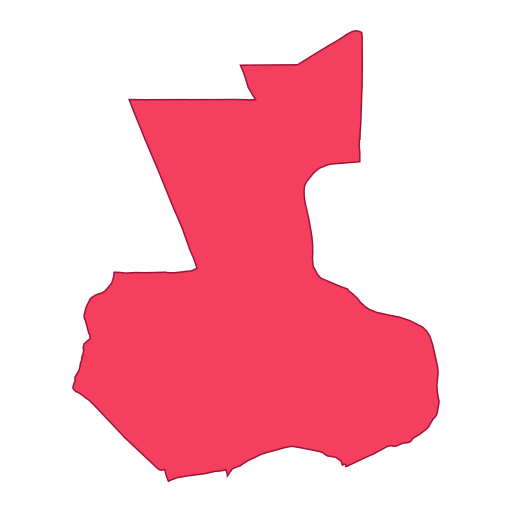 Kota Tanjung Balai, Sumatera Utara, Indonesia
{"feature_id": "22746128B91306693093612", "entity_name": "Kota Tanjung Balai", "entity_type": "district", "adm_level": 2, "iso_a3": "IDN", "parent_name": "Indonesia", "parent_adm1": "Sumatera Utara", "projection": "mercator", "projection_center": [99.797, 2.973], "detail": "fine", "context": "isolated", "style": "filled", "palette": "rose", "viewbox_px": 512, "rotation_deg": 0, "n_neighbors": 0, "source": "geoboundaries", "source_scale": "gbopen_adm2", "svg_char_len": 5797}
<svg xmlns="http://www.w3.org/2000/svg" viewBox="0 0 512 512"><path d="M298.1,64.5L297.6,64.8L240.4,65.2L242.6,70.2L244.9,76.3L248.2,87.3L255.5,99.8L250.4,99.7L249.5,100.3L248.7,99.8L241.1,99.6L233.2,99.5L219.9,99.6L211.0,99.6L204.7,99.6L190.1,99.7L186.8,99.6L185.8,99.6L162.6,99.7L157.4,99.7L155.0,99.7L150.4,99.7L146.5,99.8L141.7,99.7L136.8,99.7L133.5,99.6L129.1,99.5L134.7,113.8L139.0,124.5L142.0,131.7L142.6,133.3L145.5,140.4L145.8,141.0L158.7,171.5L170.1,199.6L171.5,203.3L181.9,227.3L182.0,227.5L189.2,247.7L189.7,249.3L191.4,253.2L193.7,258.4L197.0,268.3L191.4,270.9L191.2,270.9L181.1,272.0L174.0,272.8L167.8,272.7L165.3,272.2L150.9,272.6L145.7,272.7L137.6,272.6L136.4,272.5L125.6,273.1L119.7,272.4L114.2,272.2L114.1,272.3L113.7,276.6L113.4,277.5L113.4,277.8L113.2,278.4L112.6,280.7L112.2,281.6L111.7,283.2L111.2,283.8L111.0,284.1L109.9,285.3L108.7,286.9L107.6,288.1L106.4,289.5L105.1,290.8L104.6,291.3L103.4,292.0L102.7,292.5L100.7,293.4L100.5,293.5L99.6,293.5L98.3,294.0L97.2,294.4L96.7,294.6L95.5,295.1L94.1,296.0L93.5,296.3L92.0,297.3L90.6,298.3L89.9,299.4L89.3,300.8L88.6,302.2L87.9,303.7L86.9,305.4L86.4,306.8L85.7,308.6L85.3,310.3L85.1,311.0L85.0,311.6L84.6,313.1L84.3,314.3L84.1,316.1L84.3,318.1L85.3,320.3L85.9,322.4L88.2,331.0L88.9,333.5L90.1,335.1L89.8,336.2L90.0,337.1L90.2,337.9L89.9,338.8L89.1,339.6L88.5,340.1L88.1,340.3L87.7,340.6L87.2,341.0L86.6,341.5L85.5,342.7L85.2,342.9L84.2,343.7L84.0,344.6L83.7,345.2L83.6,345.3L83.6,345.6L83.6,346.1L83.4,346.6L83.3,346.9L83.3,347.4L83.1,347.9L83.2,348.4L83.4,349.2L83.5,349.5L83.7,349.9L83.7,350.0L83.8,350.5L83.6,350.8L83.2,351.9L83.1,352.3L83.1,353.3L83.3,354.1L83.2,354.2L83.0,354.4L82.9,354.5L82.5,354.8L82.5,355.4L82.6,356.1L82.3,356.4L82.1,356.5L81.9,356.6L81.8,357.0L81.8,357.5L81.9,358.1L81.8,359.0L81.6,359.7L81.3,361.4L81.1,362.0L80.7,362.2L80.5,362.9L79.9,367.0L79.8,367.3L79.7,367.7L79.2,369.9L77.5,372.8L77.3,373.4L75.9,375.5L74.9,377.3L75.1,381.2L74.0,383.3L73.9,383.7L72.9,387.4L73.0,387.8L73.1,388.5L74.2,389.9L75.0,390.4L75.2,391.0L75.4,391.2L76.0,391.7L77.5,392.1L81.4,394.5L84.3,396.8L85.9,398.0L86.7,398.5L87.2,398.9L88.7,399.9L92.9,403.9L93.5,404.5L98.9,410.1L102.4,413.9L113.6,425.7L121.2,433.8L124.4,437.3L127.0,439.7L157.1,468.0L158.9,469.5L159.9,469.9L161.4,470.2L163.0,469.9L164.6,469.4L166.0,474.8L168.4,481.3L172.4,479.4L174.2,478.9L175.5,478.2L178.0,477.5L181.4,477.0L185.9,476.1L197.7,474.6L203.3,473.9L209.3,472.7L215.3,471.3L219.8,471.0L223.4,470.4L226.0,469.6L226.2,470.4L226.4,471.2L226.7,472.2L226.9,473.0L227.1,473.9L227.3,474.7L227.4,476.0L228.3,474.8L228.8,473.9L229.5,472.8L230.0,472.0L230.8,471.1L231.3,470.3L231.8,469.6L232.3,469.0L232.8,468.7L233.5,468.3L234.4,468.0L235.2,467.6L236.0,467.3L236.8,466.9L238.0,466.5L239.6,466.0L240.3,465.8L241.0,465.2L241.7,464.7L243.2,463.6L244.4,463.0L245.3,462.4L246.2,461.7L247.0,461.2L249.7,459.8L250.3,459.6L250.8,459.4L251.4,459.0L251.9,458.7L253.8,458.0L254.8,457.5L255.6,457.0L260.3,454.7L264.0,453.4L266.3,452.6L277.1,449.8L285.8,447.3L291.9,446.3L299.9,447.6L303.9,448.4L307.1,449.0L310.2,449.6L319.0,451.4L322.5,452.5L326.1,455.1L327.6,456.0L330.7,456.3L333.4,457.0L335.6,457.1L338.3,459.2L341.3,461.2L341.3,462.2L342.0,463.5L342.1,464.8L342.9,465.1L343.7,464.1L345.5,464.5L345.9,465.2L345.9,465.3L345.6,466.4L346.7,466.4L350.1,464.8L364.2,458.1L369.9,455.5L374.4,453.6L378.1,451.4L387.4,446.4L391.1,445.6L393.3,446.2L396.1,446.1L397.7,445.5L399.4,444.5L400.9,444.0L403.8,443.0L406.3,442.9L408.5,442.4L409.4,442.1L409.5,442.1L411.1,441.0L412.4,439.1L414.6,437.2L418.2,435.3L421.4,433.0L421.9,432.6L424.9,430.3L427.3,428.3L428.9,426.4L430.1,424.0L430.8,422.8L431.0,422.6L433.4,418.5L435.1,417.1L436.4,415.1L437.5,411.6L439.1,401.8L437.3,392.0L436.9,385.0L438.0,374.1L438.1,372.5L437.6,366.8L435.3,356.5L435.3,356.3L434.8,354.2L433.8,349.5L433.4,347.8L433.3,347.4L432.6,344.5L431.0,339.8L429.5,335.5L426.7,331.3L426.6,331.1L424.1,328.6L422.9,327.4L422.6,327.2L422.3,326.9L417.6,324.6L416.3,323.9L413.5,322.5L409.8,320.6L399.7,317.2L386.6,314.6L376.6,312.4L369.4,309.5L364.7,306.3L360.6,302.4L360.1,301.9L357.7,298.6L353.2,294.4L351.1,292.7L349.1,291.3L347.4,288.9L341.9,287.1L321.1,278.3L320.7,277.9L319.5,276.7L317.6,274.6L313.1,266.2L312.9,263.8L312.6,260.3L312.5,259.3L312.5,257.2L312.5,256.1L312.7,253.8L312.7,252.0L312.6,244.5L312.4,241.9L312.1,239.0L312.0,238.3L311.9,236.6L310.4,227.7L309.5,222.7L309.1,220.4L309.0,219.9L308.8,219.1L308.1,215.9L306.7,209.4L306.7,209.1L306.5,208.5L306.3,208.0L306.0,206.6L305.7,205.5L305.6,205.1L305.0,202.0L305.0,201.6L304.9,201.2L304.5,198.6L304.3,196.6L304.2,195.2L304.2,194.8L304.2,194.1L304.1,193.4L304.1,192.3L304.1,191.2L304.1,190.7L304.1,190.2L304.2,188.4L304.3,187.7L304.6,186.3L304.6,186.2L304.9,185.1L305.4,183.9L305.6,183.6L305.9,183.2L306.1,182.6L306.3,182.3L306.4,182.0L307.0,181.1L307.2,180.8L308.0,180.0L308.4,179.4L308.6,179.2L308.9,178.8L309.2,178.4L309.7,177.7L310.3,177.1L311.0,176.2L312.2,174.7L313.4,173.3L315.2,171.5L316.5,170.4L318.4,168.9L318.8,168.6L319.6,168.2L321.1,167.4L323.0,166.8L324.5,166.1L326.7,165.2L328.3,164.7L328.6,164.6L329.4,164.5L329.8,164.5L330.2,164.3L330.8,164.1L331.7,164.0L336.8,163.6L359.8,161.7L359.8,152.1L359.1,144.8L359.2,144.5L359.2,143.7L359.2,143.3L359.3,142.8L359.3,142.7L359.5,141.9L359.2,141.0L359.4,140.3L359.4,139.5L359.7,139.0L360.1,138.8L359.8,138.1L359.8,137.3L360.1,136.6L360.0,134.8L360.1,133.4L360.1,131.7L360.7,125.2L361.6,97.7L361.7,93.7L361.9,89.9L362.0,88.2L362.1,85.1L362.2,70.9L362.3,64.5L362.1,36.7L361.7,32.5L359.0,31.3L356.0,30.7L352.1,31.6L348.0,33.7L347.9,33.8L346.7,34.4L345.2,35.5L341.0,38.3L340.6,38.5L340.4,38.7L340.0,39.0L339.4,39.3L337.0,40.8L332.7,43.3L328.9,45.5L326.6,46.9L321.8,49.8L309.7,57.2L307.5,58.6L305.9,59.6L302.3,61.8L298.9,63.9L298.7,64.1L298.1,64.5Z" fill="#f43f5e" stroke="#9f1239" stroke-width="1.5"/></svg>